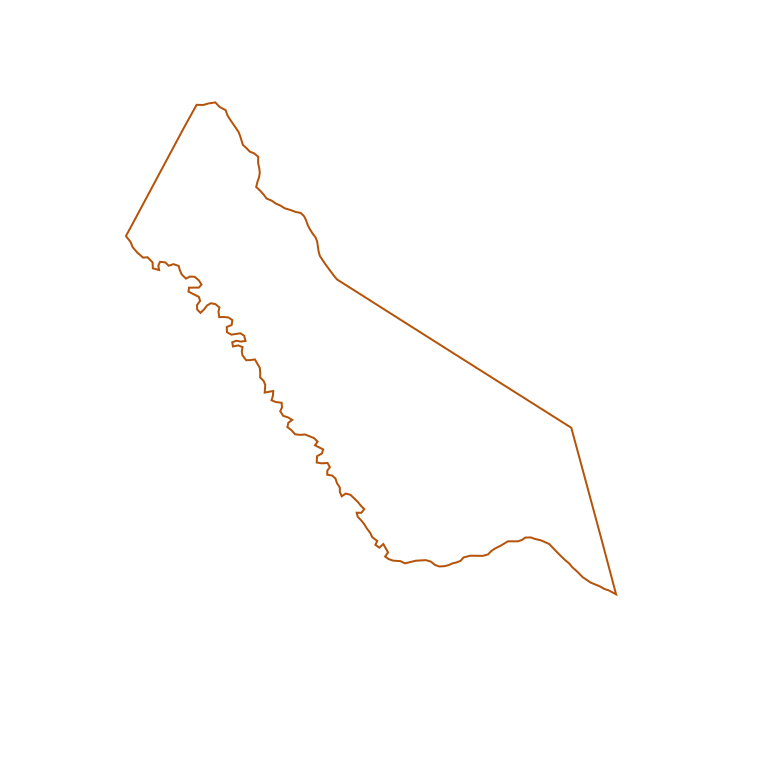 the district of Nova Timboteua, Pará, Brazil, rotated 303°
{"feature_id": "56859067B79534795748726", "entity_name": "Nova Timboteua", "entity_type": "district", "adm_level": 2, "iso_a3": "BRA", "parent_name": "Brazil", "parent_adm1": "Pará", "projection": "robinson", "projection_center": [-47.412, -1.17], "detail": "fine", "context": "isolated", "style": "outline", "palette": "amber", "viewbox_px": 768, "rotation_deg": 303, "n_neighbors": 0, "source": "geoboundaries", "source_scale": "gbopen_adm2", "svg_char_len": 2675}
<svg xmlns="http://www.w3.org/2000/svg" viewBox="0 0 768 768"><g transform="rotate(303 384 384)"><path d="M449.3,564.9L447.6,425.2L446.9,363.3L446.1,287.7L447.4,283.3L452.7,269.1L456.5,260.4L459.3,257.2L467.2,250.2L469.7,246.6L471.3,242.2L473.4,237.6L475.6,233.7L478.7,229.7L481.1,225.8L482.1,221.1L480.1,215.9L479.1,211.2L477.3,205.0L477.2,199.9L476.4,194.9L476.6,190.0L475.6,184.5L477.2,180.2L478.7,174.8L479.6,169.5L484.5,167.8L489.4,166.6L493.4,164.8L496.9,162.0L500.7,158.1L506.1,154.7L506.7,149.5L505.8,144.8L506.9,140.2L507.7,135.4L513.7,128.2L516.3,124.5L521.9,111.0L524.2,106.1L527.4,102.1L526.8,95.3L528.3,89.2L523.8,84.1L519.6,80.5L516.1,74.8L493.0,76.4L486.6,76.9L381.2,85.9L367.5,87.0L365.0,94.3L362.0,98.4L359.9,105.2L358.8,113.2L361.5,116.6L359.9,123.8L355.1,127.1L357.1,133.3L360.3,130.3L364.5,129.6L366.9,134.4L365.9,139.0L369.9,142.2L371.2,147.5L368.4,150.6L365.8,154.5L364.5,160.5L368.4,162.7L370.8,166.8L370.1,172.1L368.0,176.8L364.0,176.2L358.6,168.0L355.0,169.7L356.2,181.3L353.5,184.5L348.3,184.2L344.7,186.8L343.7,191.3L348.3,192.4L353.7,192.9L357.5,194.9L359.2,199.2L358.5,204.3L354.5,205.8L350.3,209.4L353.1,213.4L355.1,217.4L355.0,222.0L350.5,224.1L346.2,221.1L341.9,224.1L342.3,229.2L348.3,235.9L348.3,240.5L344.7,244.4L341.7,241.0L339.8,236.5L336.3,234.0L333.2,236.9L337.0,240.8L337.9,245.3L333.8,247.0L330.9,249.8L328.9,255.5L331.4,259.1L334.3,262.3L329.9,271.0L325.7,274.3L322.0,276.6L321.0,281.4L318.5,285.0L311.8,288.6L317.8,294.9L313.6,297.3L309.1,298.5L309.9,302.9L312.5,308.4L308.8,311.2L304.6,311.8L302.4,316.9L303.7,321.5L303.9,326.6L299.3,324.9L295.2,326.5L294.9,331.2L293.4,336.8L295.8,341.6L298.6,345.2L300.5,354.6L299.5,359.7L295.0,359.5L296.0,368.6L292.0,369.8L287.0,367.2L281.5,370.3L283.5,374.9L287.0,379.7L284.8,383.9L280.6,383.6L277.0,385.8L279.0,390.4L278.3,394.8L275.3,398.5L273.0,403.4L269.3,405.9L266.8,409.7L271.3,411.6L272.8,416.3L270.8,426.3L269.3,430.9L268.3,435.6L263.6,435.1L261.2,431.2L258.3,434.3L257.2,439.2L255.7,443.6L253.6,448.1L251.6,453.6L249.1,457.6L248.7,463.8L244.4,464.4L244.2,469.2L249.4,470.6L245.0,479.1L239.9,478.9L239.7,483.4L240.8,487.8L244.4,494.3L245.0,499.3L253.1,506.9L256.3,511.2L259.1,515.1L260.6,520.1L260.0,525.2L261.1,529.8L264.2,534.0L267.4,536.9L270.9,539.2L274.1,542.2L277.5,544.6L281.8,545.1L287.0,549.9L293.7,560.5L297.8,564.1L302.2,564.9L306.7,566.8L311.1,569.5L319.5,573.6L325.0,582.0L328.3,584.6L332.1,586.1L335.3,590.7L336.3,595.1L338.3,600.5L339.8,609.6L336.8,622.4L334.9,632.0L334.4,636.9L332.9,641.5L332.1,647.1L330.2,655.9L330.0,665.4L331.9,675.6L332.1,680.4L333.3,684.7L334.0,693.2L369.3,654.2L415.1,603.1L449.3,564.9Z" fill="none" stroke="#b45309" stroke-width="2"/></g></svg>